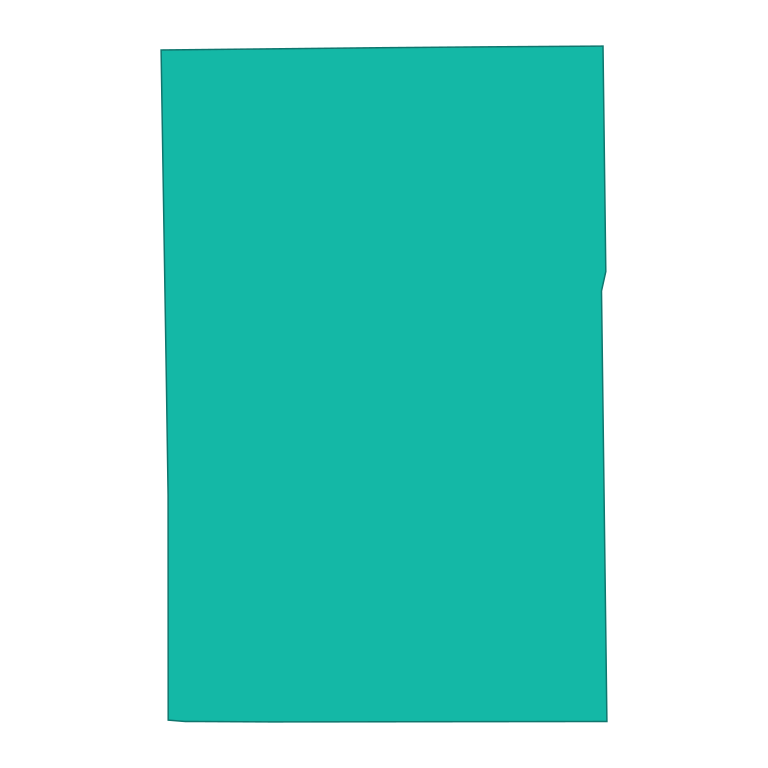 Macoupin, Illinois, United States of America
{"feature_id": "52423323B43896440461795", "entity_name": "Macoupin", "entity_type": "district", "adm_level": 2, "iso_a3": "USA", "parent_name": "United States of America", "parent_adm1": "Illinois", "projection": "equal_earth", "projection_center": [-89.97, 39.261], "detail": "fine", "context": "isolated", "style": "filled", "palette": "teal", "viewbox_px": 768, "rotation_deg": 0, "n_neighbors": 0, "source": "geoboundaries", "source_scale": "gbopen_adm2", "svg_char_len": 295}
<svg xmlns="http://www.w3.org/2000/svg" viewBox="0 0 768 768"><path d="M161.1,50.0L166.4,382.4L168.1,495.4L168.2,720.1L185.2,721.5L195.6,721.5L270.6,721.9L606.9,721.5L601.5,291.0L605.8,271.6L603.0,46.1L494.0,46.8L383.7,47.7L161.1,50.0Z" fill="#14b8a6" stroke="#0f766e" stroke-width="1.5"/></svg>